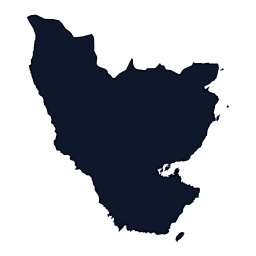 Kaldrananeshreppur, Vestfirðir, Iceland (orthographic projection)
{"feature_id": "244011B77106600698129", "entity_name": "Kaldrananeshreppur", "entity_type": "district", "adm_level": 2, "iso_a3": "ISL", "parent_name": "Iceland", "parent_adm1": "Vestfirðir", "projection": "orthographic", "projection_center": [-21.462, 65.822], "detail": "fine", "context": "isolated", "style": "filled", "palette": "ink", "viewbox_px": 256, "rotation_deg": 0, "n_neighbors": 0, "source": "geoboundaries", "source_scale": "gbopen_adm2", "svg_char_len": 5879}
<svg xmlns="http://www.w3.org/2000/svg" viewBox="0 0 256 256"><path d="M27.8,17.4L29.6,21.2L34.0,28.4L36.3,35.2L36.0,39.7L35.1,41.5L35.4,42.6L35.0,43.5L34.4,48.8L34.5,50.6L33.5,52.1L33.6,55.0L32.6,58.5L31.6,60.0L31.6,62.7L32.1,63.6L31.1,65.1L29.8,65.8L30.4,69.8L31.3,71.3L31.1,72.4L32.1,73.8L32.0,74.9L32.5,75.8L32.4,76.7L33.1,78.0L34.2,82.2L35.1,84.3L36.4,85.4L36.7,87.3L39.2,90.5L39.4,91.5L39.3,93.4L40.5,94.9L43.1,96.4L44.5,100.3L44.1,101.3L44.7,103.3L44.6,104.1L46.2,106.0L46.4,107.2L47.4,108.1L47.4,109.7L47.7,110.0L48.4,113.7L51.1,115.6L52.4,119.8L51.8,121.6L52.1,123.2L53.7,123.8L54.5,124.8L54.4,125.3L54.9,125.5L54.6,126.1L55.9,127.5L56.2,130.1L55.5,130.8L55.4,131.4L56.8,132.7L57.3,134.7L56.4,137.5L56.3,139.2L56.1,139.8L54.4,141.0L54.6,144.2L56.1,146.5L56.7,147.9L56.6,148.8L57.1,149.6L61.1,150.2L61.2,152.2L62.6,152.6L64.4,154.4L68.2,154.0L70.9,156.0L71.3,156.7L70.4,157.9L70.4,158.3L70.9,159.2L74.1,160.4L75.6,162.2L75.5,164.7L77.4,166.8L77.6,167.6L76.7,168.1L77.6,168.9L79.6,168.3L81.4,169.7L82.7,171.9L85.8,173.3L86.7,174.5L89.4,174.7L91.8,177.1L92.4,178.2L92.5,180.0L93.2,180.7L93.8,184.4L95.5,186.6L95.4,189.0L95.6,190.3L98.1,193.6L99.3,195.9L99.8,198.6L99.6,202.2L104.5,205.1L104.2,206.9L104.8,205.8L105.4,205.7L106.0,206.5L106.3,208.1L107.8,208.8L109.3,211.2L110.5,211.6L109.8,213.0L110.6,213.8L109.9,214.7L110.4,215.2L111.1,214.7L112.9,216.0L112.5,217.1L113.2,216.5L114.6,217.6L115.1,219.6L114.4,221.1L115.5,220.5L115.0,223.4L115.2,224.8L117.9,225.5L118.9,227.4L119.6,227.8L119.5,230.2L122.8,227.0L123.2,225.7L124.4,224.2L124.8,224.5L124.4,225.6L125.8,223.8L127.0,224.9L127.1,228.0L127.6,229.6L128.5,230.0L129.6,229.4L130.5,229.7L130.7,230.6L131.7,229.6L134.6,229.1L135.7,230.5L138.0,230.4L139.6,231.7L142.8,230.5L143.5,230.9L142.9,231.6L143.5,231.8L146.1,230.8L146.6,231.9L145.6,232.0L145.9,232.5L147.2,231.6L148.7,231.4L150.8,232.9L153.1,231.6L155.1,232.2L157.1,234.2L163.7,233.2L164.4,233.3L164.5,233.9L166.8,233.0L168.4,231.6L168.4,230.9L167.7,230.2L167.7,229.4L169.7,227.7L169.3,227.0L170.5,223.3L172.0,222.2L175.3,221.7L178.5,215.4L182.1,212.0L182.8,207.9L183.9,206.7L184.0,205.6L184.7,205.4L185.0,204.3L187.5,203.8L188.4,204.4L190.2,203.5L192.9,201.2L192.7,199.8L193.9,199.4L194.3,198.2L195.3,197.0L197.9,196.9L197.7,196.3L198.0,195.7L198.0,193.5L199.0,192.0L198.8,190.7L199.3,190.2L198.9,189.4L199.0,188.6L197.2,188.2L194.4,188.7L192.8,187.7L192.8,187.0L192.4,186.7L190.1,186.8L189.2,186.0L189.7,185.5L189.5,185.2L187.4,185.8L185.8,184.4L184.4,184.9L183.8,184.1L184.0,183.5L182.3,183.2L182.2,182.6L181.3,183.4L180.0,182.6L180.4,181.1L179.9,180.9L180.7,179.1L180.2,178.9L180.3,178.1L179.8,178.2L179.9,177.1L179.2,177.5L179.1,176.6L178.2,176.0L178.3,174.9L176.9,173.6L176.9,172.8L178.1,172.1L178.6,170.1L177.4,170.2L177.4,171.2L176.6,171.8L175.4,175.1L174.7,176.2L174.5,175.6L172.2,175.8L172.0,175.6L172.5,175.4L171.7,175.3L171.1,175.7L171.9,175.9L171.6,176.4L171.7,176.8L169.0,177.9L167.7,178.1L166.8,177.8L166.8,177.3L164.6,177.2L163.2,178.1L162.4,176.3L160.4,176.5L159.9,175.3L160.2,174.7L158.2,175.5L158.3,172.8L158.1,172.1L158.4,171.7L156.8,172.5L157.4,171.3L156.9,170.2L156.3,169.8L156.4,168.9L157.1,168.3L158.6,168.7L159.4,167.7L161.2,167.9L161.8,167.5L163.3,164.2L166.2,162.8L169.8,163.7L171.6,162.5L174.0,162.3L174.5,161.4L176.2,160.8L179.9,160.9L181.5,159.9L182.3,160.6L182.9,160.0L183.5,160.7L187.5,159.7L188.7,158.7L189.0,157.6L189.5,157.6L189.5,156.4L190.5,154.9L193.1,153.3L193.8,151.8L196.4,149.8L196.7,148.8L198.0,147.9L198.2,147.3L200.1,146.7L201.4,144.5L201.4,143.4L201.9,141.5L204.7,137.6L205.3,135.7L206.3,135.1L206.5,134.2L206.0,133.8L206.4,133.3L207.1,129.2L209.9,123.6L211.3,122.4L211.6,121.2L215.0,120.1L214.9,119.3L214.3,119.2L214.8,118.3L213.9,117.2L214.1,116.5L213.7,116.0L214.0,115.1L213.6,114.9L213.8,114.4L213.1,114.0L213.1,111.8L213.7,109.8L213.6,109.1L214.3,107.7L214.2,106.7L214.7,104.6L216.6,102.4L218.4,99.2L217.5,98.9L217.3,96.8L215.7,95.9L214.3,94.1L209.8,92.7L208.3,91.6L207.2,90.0L207.9,88.4L204.5,90.8L204.6,90.2L205.1,89.9L203.9,88.3L203.7,87.0L203.8,86.0L204.3,85.1L205.9,85.0L209.0,83.4L211.4,81.0L213.7,80.0L215.7,77.7L217.0,73.2L217.4,70.2L218.1,69.0L218.2,67.8L217.4,64.3L209.0,64.2L208.1,63.4L202.4,64.3L201.5,63.7L195.3,63.9L193.7,63.1L192.6,65.8L184.6,69.3L182.9,70.9L180.6,74.5L178.8,75.0L170.5,70.7L165.6,70.2L163.6,66.2L161.1,66.0L159.8,64.3L156.9,67.7L154.7,69.0L147.6,68.9L145.9,70.7L144.7,70.9L136.6,69.8L134.2,68.2L133.3,66.7L132.6,64.7L132.2,61.9L132.2,59.8L131.9,59.4L126.5,70.4L119.8,74.0L115.4,78.4L113.8,79.0L111.3,77.5L110.5,76.0L107.9,74.1L107.1,73.0L106.9,71.3L104.9,69.5L99.7,67.8L97.2,66.2L96.2,64.9L95.9,63.4L96.5,57.2L93.3,50.4L93.6,48.3L93.4,38.9L92.9,36.8L91.5,34.8L82.6,37.2L74.1,38.0L73.0,37.3L71.3,34.3L69.2,32.0L65.2,29.2L61.3,23.4L58.6,20.9L52.5,19.7L44.8,19.6L35.9,15.4L31.0,15.9L27.8,17.4ZM182.8,232.8L181.1,233.0L179.3,234.2L176.9,237.1L176.3,239.1L176.4,239.9L177.0,240.6L177.1,240.0L180.2,238.2L182.8,235.2L183.1,233.8L183.5,233.4L182.8,232.8ZM160.5,172.2L162.2,171.0L162.3,169.7L161.4,170.5L160.5,172.2ZM176.6,170.0L177.3,168.9L176.4,169.2L175.0,170.9L176.6,170.0ZM175.1,173.8L175.5,172.3L176.1,171.5L175.3,171.7L174.3,173.5L175.1,173.8ZM216.9,118.4L218.3,117.2L218.7,116.2L217.6,117.0L216.9,118.4ZM166.8,169.0L167.5,167.9L166.6,168.3L165.9,169.5L166.8,169.0ZM217.2,120.1L218.2,118.6L218.7,118.3L217.9,118.4L216.9,119.8L217.2,120.1ZM165.4,168.5L166.3,168.1L166.4,167.4L165.4,168.5ZM169.3,176.1L172.3,174.3L169.2,175.9L169.3,176.1ZM168.0,168.6L168.9,167.7L168.2,167.8L168.0,168.6ZM168.7,165.6L169.4,165.7L169.8,165.3L169.4,164.8L168.7,165.6ZM227.8,107.4L227.8,106.6L228.2,105.8L227.4,106.6L227.8,107.4ZM108.4,215.6L109.0,214.8L109.0,214.6L108.2,214.9L108.4,215.6ZM222.3,69.5L222.8,69.4L223.1,68.8L222.3,69.5ZM170.2,176.2L169.4,176.4L169.3,176.9L169.6,176.9L170.2,176.2ZM75.6,168.5L76.1,169.0L76.3,168.8L75.6,168.5Z" fill="#0f172a" stroke="#020617" stroke-width="1.5"/></svg>